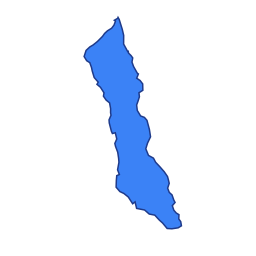 Agios Georgios Lemesou, Limassol, Cyprus, rotated 345°
{"feature_id": "46923920B95496266056125", "entity_name": "Agios Georgios Lemesou", "entity_type": "district", "adm_level": 2, "iso_a3": "CYP", "parent_name": "Cyprus", "parent_adm1": "Limassol", "projection": "mercator", "projection_center": [32.898, 34.799], "detail": "fine", "context": "isolated", "style": "filled", "palette": "blue", "viewbox_px": 256, "rotation_deg": 345, "n_neighbors": 0, "source": "geoboundaries", "source_scale": "gbopen_adm2", "svg_char_len": 1457}
<svg xmlns="http://www.w3.org/2000/svg" viewBox="0 0 256 256"><g transform="rotate(345 128 128)"><path d="M109.3,77.8L111.9,81.5L113.9,87.8L112.5,90.9L114.1,95.4L116.7,98.9L116.2,104.9L115.1,108.8L114.9,111.3L111.8,115.2L111.2,118.3L111.1,126.7L111.5,129.3L114.5,129.3L114.3,135.7L111.3,139.5L111.2,142.5L111.8,148.8L111.1,154.7L110.4,158.7L107.1,165.7L107.6,170.7L104.8,171.1L103.2,175.5L101.2,182.1L103.7,187.3L107.1,190.2L110.4,194.7L112.9,202.4L115.7,201.2L115.5,207.9L122.8,211.5L126.2,216.6L131.3,219.1L134.4,225.0L136.8,228.7L139.7,235.0L139.8,235.2L144.3,236.7L150.6,237.4L154.3,236.3L154.7,232.1L153.5,229.0L154.8,224.9L152.6,222.6L151.0,219.3L150.7,214.5L154.2,212.1L153.6,209.5L153.2,204.0L151.2,200.9L150.7,196.4L153.5,192.1L153.6,188.1L153.6,185.1L151.7,179.7L148.7,173.6L145.8,168.2L144.8,163.7L140.7,159.8L139.8,152.7L143.0,147.6L147.5,142.3L148.3,134.9L148.3,125.5L146.6,122.0L143.3,119.6L141.5,113.5L142.3,108.0L144.6,104.7L147.1,100.8L147.7,96.8L152.1,95.4L153.6,89.2L152.0,85.3L149.3,82.2L152.0,78.5L151.2,77.5L149.3,70.1L148.9,65.4L150.7,61.5L149.7,58.9L147.9,55.8L148.1,54.0L147.5,54.1L145.5,45.8L147.8,37.4L148.0,31.1L147.6,20.9L147.0,18.6L146.4,19.4L142.7,20.4L143.6,21.5L141.1,25.0L138.0,27.4L133.3,28.8L129.9,30.6L127.1,32.9L120.9,36.5L115.7,38.8L112.1,39.8L107.6,42.2L104.1,47.6L105.5,52.3L108.0,55.0L108.4,60.1L108.3,62.1L108.2,63.6L108.4,70.5L111.1,76.0L109.3,77.8Z" fill="#3b82f6" stroke="#1e3a8a" stroke-width="1.5"/></g></svg>